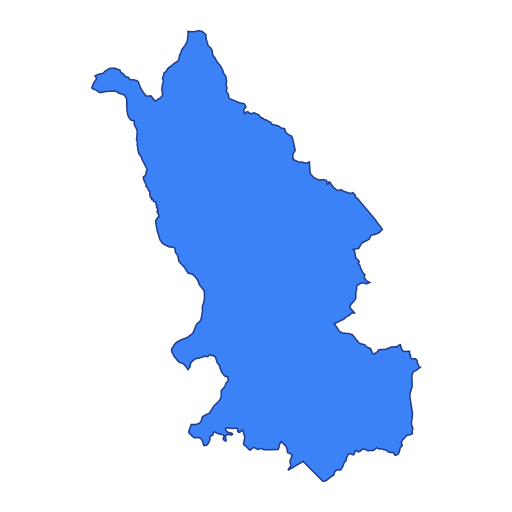 Anapoima, Cundinamarca, Colombia
{"feature_id": "7082276B58765294535219", "entity_name": "Anapoima", "entity_type": "district", "adm_level": 2, "iso_a3": "COL", "parent_name": "Colombia", "parent_adm1": "Cundinamarca", "projection": "robinson", "projection_center": [-74.53, 4.566], "detail": "fine", "context": "isolated", "style": "filled", "palette": "blue", "viewbox_px": 512, "rotation_deg": 0, "n_neighbors": 0, "source": "geoboundaries", "source_scale": "gbopen_adm2", "svg_char_len": 6035}
<svg xmlns="http://www.w3.org/2000/svg" viewBox="0 0 512 512"><path d="M91.8,87.8L92.6,88.8L95.6,89.7L99.3,92.5L100.4,92.6L106.4,91.4L115.5,91.1L117.3,92.0L118.1,92.9L123.6,94.6L125.8,97.0L126.7,99.4L126.9,109.7L127.9,115.3L128.4,116.6L130.5,119.7L131.3,120.3L134.1,120.8L134.4,124.9L136.8,129.4L137.2,131.7L136.8,138.0L136.4,139.5L137.4,141.8L137.2,145.5L137.8,147.4L137.8,149.6L138.6,151.8L138.6,153.3L141.2,156.9L141.8,158.9L147.2,169.5L146.1,171.7L146.0,173.4L145.3,175.5L143.3,177.0L143.5,178.7L144.6,181.9L145.9,184.0L145.9,185.8L146.3,186.9L147.9,188.0L148.4,190.3L150.1,191.9L149.7,193.5L150.3,197.2L151.6,197.7L151.6,199.6L153.0,199.6L153.6,201.6L155.5,201.7L156.1,202.9L155.9,204.4L157.2,205.7L156.5,207.3L157.8,208.9L157.4,210.2L158.0,210.9L157.8,211.4L157.1,211.7L158.0,212.6L158.0,214.1L159.0,215.3L159.1,216.5L157.8,217.3L155.6,220.7L155.6,222.0L157.3,231.0L160.1,240.0L162.6,243.4L164.2,244.5L169.2,246.9L173.1,247.2L174.3,247.8L174.9,248.6L175.5,252.5L177.7,255.6L179.0,261.6L184.6,267.6L188.0,273.1L192.4,274.2L195.5,277.1L197.9,280.6L199.5,284.9L204.3,290.9L204.5,297.3L203.8,302.3L202.4,306.4L202.4,311.9L201.1,319.0L200.3,320.8L196.5,324.4L192.7,333.5L186.9,337.7L181.7,339.5L176.6,342.2L174.4,344.6L171.5,349.3L171.7,351.6L174.0,356.1L178.2,361.4L180.0,362.6L182.9,363.4L186.2,366.8L188.0,369.6L190.0,367.0L190.4,364.1L191.3,362.1L195.4,358.7L199.2,358.1L200.0,357.4L202.1,357.4L204.6,355.9L205.9,356.6L207.7,356.5L209.8,354.6L210.9,355.4L213.1,355.4L213.7,356.3L214.9,356.4L215.7,357.7L217.1,362.5L219.8,366.3L220.1,368.4L222.0,372.6L224.9,376.2L227.7,376.8L228.2,380.0L228.0,381.1L226.4,382.5L224.7,386.7L221.2,390.8L221.2,396.9L219.5,400.5L213.7,406.2L210.0,412.3L208.7,413.5L205.9,414.7L202.5,416.7L201.2,420.8L199.8,423.0L196.2,424.5L191.3,424.5L188.9,430.9L188.8,432.6L192.0,436.0L194.5,437.8L199.1,437.6L201.2,438.9L202.4,440.9L203.8,445.5L205.5,445.5L207.2,444.8L208.8,442.5L210.0,439.4L209.9,436.8L210.5,436.1L212.7,435.2L213.6,432.0L214.7,432.0L218.2,433.7L222.7,434.7L223.9,435.4L223.9,436.8L223.3,438.0L223.4,439.5L225.2,441.0L226.0,441.0L226.2,440.1L225.4,437.2L225.7,435.6L227.8,434.4L231.8,435.0L232.6,434.1L231.8,433.2L227.3,432.1L225.7,429.6L225.5,428.6L225.8,428.2L226.6,427.8L233.0,428.5L236.4,428.1L237.7,429.1L237.8,431.6L238.7,432.3L239.7,432.3L242.7,430.0L244.8,436.9L243.5,444.4L246.0,446.4L249.1,449.6L250.2,450.1L253.6,447.3L258.0,449.6L260.8,448.3L263.3,449.5L264.9,449.8L278.1,449.5L278.8,447.9L279.7,443.8L281.4,441.6L286.2,446.6L287.3,449.9L287.5,452.5L291.6,454.3L291.8,454.8L291.5,457.3L289.9,461.0L290.1,462.6L290.8,464.3L290.8,465.9L288.2,469.5L288.5,470.0L303.1,461.4L322.9,481.3L326.1,480.7L331.3,476.5L333.4,475.4L333.9,474.6L334.8,471.7L336.6,470.1L340.9,469.8L342.4,467.3L344.3,462.4L346.2,460.4L346.6,457.5L347.8,455.0L348.7,454.1L349.8,453.7L353.6,454.9L355.6,450.6L356.3,450.4L358.3,451.9L360.3,451.2L361.9,449.5L362.8,449.2L365.5,449.4L367.9,450.8L370.9,450.4L372.7,450.6L373.8,450.3L376.4,448.0L377.3,448.0L379.3,449.1L381.3,448.7L384.3,449.9L386.0,450.0L388.5,452.0L391.2,452.6L393.0,452.3L395.0,455.2L396.1,455.2L398.2,454.0L399.3,452.0L400.3,447.5L402.3,445.6L401.2,442.4L402.5,440.1L406.9,435.3L410.3,434.7L412.3,433.7L412.3,430.3L412.9,428.2L411.7,425.4L411.4,421.5L412.1,418.8L412.5,413.6L409.8,396.1L410.1,393.3L412.2,385.9L411.9,375.9L412.8,372.6L414.0,371.2L416.0,370.5L420.2,367.3L419.3,367.2L417.2,362.4L417.0,360.3L415.4,358.7L412.5,358.9L411.0,358.3L410.5,357.5L410.5,355.3L409.5,353.5L409.7,351.8L409.2,351.2L403.9,351.5L402.9,351.0L401.5,348.8L400.4,344.7L398.8,345.1L397.4,346.6L390.9,347.1L385.7,349.4L379.5,349.6L378.3,350.1L377.5,351.8L375.8,352.7L374.7,354.0L373.3,353.9L372.2,352.6L371.0,349.5L369.7,348.0L368.4,347.8L366.4,346.6L364.6,344.6L361.5,344.0L358.8,342.9L357.8,341.2L356.1,339.8L354.4,337.1L352.2,334.7L348.7,333.5L342.7,333.1L339.5,331.5L334.1,323.4L336.5,322.8L341.1,320.3L343.5,319.5L346.3,316.9L349.6,315.1L351.4,313.2L354.6,312.9L350.5,308.4L349.9,306.7L350.1,305.4L354.5,300.4L355.7,298.4L355.9,291.6L356.7,289.3L356.6,286.5L358.0,284.8L361.2,283.1L363.5,282.9L365.4,283.6L367.2,283.7L369.8,282.4L367.0,281.2L364.5,278.2L364.2,276.3L364.9,274.5L363.2,273.3L360.3,267.5L359.8,265.1L358.4,263.8L358.3,263.0L359.2,262.1L358.9,261.0L355.8,257.7L354.5,251.0L353.2,249.4L358.7,248.4L361.3,243.7L362.6,242.7L369.2,239.2L370.7,235.9L372.1,234.9L374.9,234.5L379.3,232.6L382.4,229.4L374.7,219.0L357.7,198.7L355.4,196.8L355.1,194.9L352.8,192.6L350.4,193.5L343.2,191.1L341.3,189.8L337.2,190.4L333.3,187.2L329.8,182.1L329.0,181.9L328.2,184.0L327.3,184.3L326.8,180.9L325.5,180.1L323.9,179.7L318.3,179.9L313.7,177.4L310.7,174.2L310.1,172.9L309.4,162.0L306.4,163.1L305.2,163.1L302.0,162.1L298.4,162.1L295.5,160.4L293.5,159.9L293.0,157.7L292.8,154.4L295.2,150.3L292.6,138.5L291.5,136.1L287.9,134.3L285.6,132.2L284.9,129.2L284.4,128.5L281.4,128.1L278.2,125.9L272.5,124.5L271.7,124.0L270.4,122.0L268.0,121.1L265.9,119.7L264.6,119.8L262.5,117.9L260.9,117.9L258.7,114.8L254.1,112.8L251.6,113.7L249.6,113.2L248.0,111.8L247.0,111.8L246.3,112.1L245.5,113.4L244.6,113.7L243.8,110.3L244.0,109.3L245.7,107.4L245.8,106.6L244.6,104.2L243.7,103.6L239.8,102.9L229.4,98.6L228.8,97.7L228.4,94.4L226.2,91.0L227.0,88.1L226.0,84.4L226.5,82.1L226.4,79.7L225.7,76.0L224.6,74.9L223.7,73.3L222.9,70.6L220.8,66.3L217.6,62.5L215.9,59.9L215.5,58.5L213.2,55.8L212.6,54.0L212.3,50.8L210.9,48.2L208.2,45.7L206.2,39.2L205.9,34.6L201.9,31.3L198.5,30.7L193.7,31.8L187.9,31.5L188.2,33.5L187.2,41.5L185.0,45.5L181.7,49.8L180.7,53.2L179.7,54.6L178.6,60.1L176.5,62.1L174.9,62.8L170.1,66.9L169.0,67.3L167.2,69.3L166.3,71.3L164.2,72.7L163.1,76.9L162.4,78.1L163.5,81.0L162.2,85.7L161.8,89.6L162.5,93.1L162.3,95.8L159.7,98.5L158.8,98.7L155.7,100.9L154.8,100.7L151.0,95.9L146.9,96.1L145.9,95.7L142.6,91.4L140.8,88.5L138.2,81.7L137.1,80.7L133.7,79.8L130.4,79.8L129.6,79.3L128.6,77.4L125.4,76.6L123.7,74.2L120.9,72.3L119.9,70.1L114.4,68.1L109.7,68.4L104.9,71.3L103.3,73.2L98.8,74.2L94.9,76.0L96.4,77.7L96.2,79.3L93.7,82.8L91.8,87.8Z" fill="#3b82f6" stroke="#1e3a8a" stroke-width="1.5"/></svg>